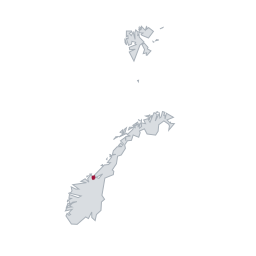 Snillfjord nor, Sør-Trøndelag, Norway (highlighted), rotated 12°
{"feature_id": "86288312B69677732452167", "entity_name": "Snillfjord nor", "entity_type": "district", "adm_level": 2, "iso_a3": "NOR", "parent_name": "Norway", "parent_adm1": "Sør-Trøndelag", "projection": "orthographic", "projection_center": [9.339, 63.426], "detail": "fine", "context": "in_parent", "style": "filled", "palette": "rose", "viewbox_px": 256, "rotation_deg": 12, "n_neighbors": 0, "source": "geoboundaries", "source_scale": "gbopen_adm2", "svg_char_len": 4979}
<svg xmlns="http://www.w3.org/2000/svg" viewBox="0 0 256 256"><g transform="rotate(12 128 128)"><path d="M144.2,125.4L139.8,128.6L140.9,130.1L140.4,134.8L134.5,133.8L133.9,139.4L130.1,140.6L128.3,145.2L129.7,148.5L127.0,155.8L123.7,157.7L124.1,165.4L121.3,172.3L123.1,173.3L123.3,176.7L115.8,181.8L116.5,199.3L119.9,202.6L117.4,205.9L118.7,214.2L115.1,219.2L115.1,225.4L111.2,223.1L110.0,217.7L108.1,224.8L105.1,223.8L98.3,232.8L92.6,233.7L85.6,226.9L86.2,224.2L88.5,225.7L89.8,224.5L87.6,223.5L90.2,219.3L84.0,222.1L85.1,218.3L89.5,216.9L87.2,216.4L89.3,213.0L93.3,210.6L89.4,212.0L84.3,218.3L84.9,214.1L87.1,214.0L84.8,210.8L87.2,208.7L84.8,209.0L84.6,205.3L93.7,206.5L96.3,204.2L85.1,203.9L86.3,201.2L84.7,197.4L89.4,198.6L92.6,197.9L85.8,194.9L98.8,190.1L93.0,190.0L96.6,186.6L101.0,189.1L99.1,186.1L100.9,182.0L110.0,183.3L112.7,178.2L107.0,182.9L105.0,181.1L112.5,169.1L116.5,167.8L118.0,165.5L115.0,166.2L118.1,159.7L117.1,158.4L121.6,156.3L118.3,157.1L118.4,153.3L121.3,148.6L126.0,147.5L122.4,147.1L124.0,144.2L126.5,146.1L126.7,144.4L123.3,142.1L127.1,137.8L128.5,140.9L127.6,136.9L132.1,135.3L128.5,134.8L133.0,128.4L133.1,125.4L135.3,126.6L134.2,125.1L137.2,121.7L137.6,125.2L139.0,120.1L139.3,125.7L141.0,123.7L139.9,120.2L144.3,120.1L141.7,116.9L145.5,114.8L148.3,117.8L150.3,107.6L153.7,108.6L153.2,115.5L155.6,107.2L157.1,111.6L158.1,110.3L158.3,104.7L160.9,105.0L160.3,108.1L161.4,107.8L162.4,111.6L162.5,105.6L170.2,108.1L164.4,112.0L168.4,114.6L172.4,114.1L168.3,121.7L168.1,117.3L166.9,115.8L161.6,113.6L157.4,118.4L158.1,124.9L156.5,129.2L147.9,129.9L144.2,125.4ZM115.2,30.4L118.0,32.3L118.3,36.0L119.2,33.9L120.2,36.8L125.8,40.6L122.4,44.5L119.9,61.3L113.4,53.4L118.8,49.4L113.4,51.1L112.5,48.8L118.7,44.7L117.2,44.1L117.7,42.6L113.8,42.4L114.0,45.2L111.3,47.0L107.7,40.7L109.5,40.6L108.6,37.6L107.4,39.1L106.3,33.5L111.2,32.4L111.7,33.3L109.5,35.1L112.0,37.0L113.1,33.1L116.5,39.9L114.8,33.4L115.2,30.4ZM120.0,25.8L124.7,28.9L124.9,24.9L125.5,25.3L125.7,27.4L127.3,25.5L132.8,28.2L129.3,35.7L122.3,34.4L121.4,33.7L122.9,32.0L119.5,32.4L118.5,31.0L119.3,29.9L117.7,29.2L120.0,29.1L119.4,27.3L120.4,28.0L120.0,25.8ZM126.5,41.8L130.8,45.0L130.5,46.6L134.4,47.8L131.4,53.0L130.6,52.8L130.6,50.6L127.4,52.1L127.9,47.7L124.2,43.3L126.5,41.8ZM125.9,134.8L128.4,133.1L121.1,138.7L124.7,134.4L124.5,130.4L126.4,128.1L125.9,134.8ZM129.2,127.0L132.6,126.2L128.9,129.7L129.2,127.0ZM132.3,124.3L136.6,119.8L134.6,124.2L132.3,124.3ZM106.3,41.2L108.7,45.3L109.3,47.1L107.4,45.1L106.3,41.2ZM123.1,131.0L124.0,134.5L121.1,133.8L123.1,131.0ZM146.8,110.3L145.6,113.2L142.8,112.6L145.6,111.5L146.8,110.3ZM147.6,112.0L147.4,115.1L146.1,114.5L147.6,112.0ZM117.8,139.2L120.6,138.2L117.6,140.7L117.8,139.2ZM141.4,22.5L138.6,24.4L141.4,22.3L141.4,22.5ZM137.6,35.6L139.8,35.5L136.9,36.9L137.6,35.6ZM151.8,107.0L153.5,105.9L154.2,106.3L151.8,107.0ZM148.6,111.0L148.6,112.6L147.8,111.4L148.6,111.0ZM139.5,117.3L139.8,118.9L138.9,118.4L139.5,117.3ZM128.4,79.1L128.5,80.6L127.5,79.5L128.4,79.1ZM135.8,38.7L134.8,38.7L134.5,38.2L135.8,38.7ZM110.7,169.1L111.4,170.4L109.6,170.2L110.7,169.1ZM136.2,117.5L137.2,117.9L138.0,118.8L136.2,117.5ZM118.0,27.2L118.5,28.2L117.9,27.9L118.0,27.2ZM101.8,181.1L99.7,181.2L101.9,180.5L101.8,181.1ZM98.8,183.2L98.0,184.3L97.7,183.7L98.8,183.2ZM117.2,141.1L116.3,142.4L117.2,140.3L117.2,141.1ZM84.3,211.3L84.0,213.1L84.0,210.7L84.3,211.3ZM116.3,158.7L115.8,157.7L116.4,157.7L116.3,158.7ZM168.3,113.0L168.5,114.3L168.4,114.1L168.3,113.0ZM116.9,159.7L115.8,160.0L117.1,159.4L116.9,159.7ZM113.8,162.2L113.9,163.3L113.4,163.0L113.8,162.2ZM84.2,203.7L83.6,204.8L83.8,203.9L84.2,203.7Z" fill="#d9dde1" stroke="#a8b0b8" stroke-width="1"/><path d="M105.0,182.5L105.0,182.4L104.9,182.3L104.7,182.4L104.6,182.5L104.6,182.4L104.5,182.5L104.4,182.7L104.4,182.8L104.4,183.0L104.4,182.9L104.3,183.0L104.3,182.9L104.3,182.7L104.3,182.4L104.3,182.5L104.2,182.5L104.3,182.5L104.2,182.5L104.0,182.8L103.9,182.8L103.9,182.7L103.7,182.8L103.8,182.9L103.8,183.0L103.7,183.1L103.7,182.9L103.5,183.0L103.4,183.0L103.4,183.3L103.5,183.4L103.4,183.4L103.5,183.4L103.6,183.5L103.8,183.4L103.9,183.5L104.0,183.4L103.9,183.3L103.9,183.2L104.0,183.2L103.9,183.2L103.9,183.3L104.0,183.2L104.1,183.3L104.3,183.3L104.5,183.2L104.8,183.1L104.7,183.2L104.8,183.2L104.7,183.2L104.7,183.3L104.7,183.2L104.7,183.3L104.4,183.4L104.2,183.5L103.9,183.5L103.7,183.6L103.4,183.7L103.4,183.8L103.5,184.0L103.9,184.2L104.0,184.2L104.3,184.1L104.5,184.1L104.7,183.9L104.7,184.0L104.4,184.2L104.2,184.2L104.2,184.3L103.9,184.3L103.7,184.4L103.7,184.5L103.9,184.9L104.1,184.9L104.3,185.0L104.3,184.9L104.4,185.1L104.5,185.0L104.7,184.9L105.0,184.8L104.9,184.7L105.0,184.7L105.1,184.4L105.3,184.2L105.5,184.0L105.6,183.8L105.7,183.7L105.3,183.5L105.2,183.5L105.1,183.3L105.1,183.2L105.0,182.9L104.8,182.8L104.9,182.6L105.0,182.5L105.0,182.5ZM103.3,183.0L103.2,183.0L103.3,183.0L103.3,183.0ZM104.4,182.5L104.5,182.5L104.4,182.5L104.4,182.5Z" fill="#f43f5e" stroke="#9f1239" stroke-width="1.5"/></g></svg>